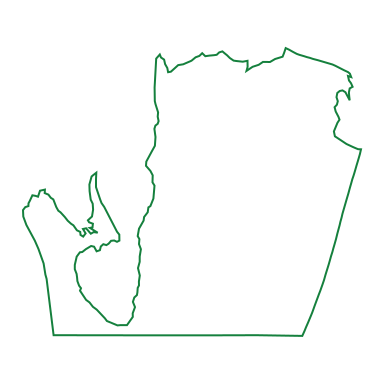 Palmares do Sul, Rio Grande do Sul, Brazil
{"feature_id": "56859067B50584819679722", "entity_name": "Palmares do Sul", "entity_type": "district", "adm_level": 2, "iso_a3": "BRA", "parent_name": "Brazil", "parent_adm1": "Rio Grande do Sul", "projection": "equal_earth", "projection_center": [-50.484, -30.349], "detail": "fine", "context": "isolated", "style": "outline", "palette": "green", "viewbox_px": 384, "rotation_deg": 0, "n_neighbors": 0, "source": "geoboundaries", "source_scale": "gbopen_adm2", "svg_char_len": 3222}
<svg xmlns="http://www.w3.org/2000/svg" viewBox="0 0 384 384"><path d="M285.7,48.1L284.1,52.9L282.6,56.7L275.1,59.0L270.0,62.0L263.0,61.9L258.7,64.8L252.6,66.8L246.5,70.9L247.6,66.9L247.5,60.8L242.8,61.7L236.2,61.0L233.6,60.6L229.8,58.0L227.1,55.3L224.4,53.1L222.4,51.4L219.2,52.4L216.7,54.8L213.9,55.2L209.4,55.6L205.3,56.2L202.2,53.2L199.4,55.9L195.6,57.3L191.5,60.7L189.5,61.6L187.6,62.4L183.2,64.3L178.2,65.1L170.9,71.7L168.1,72.2L167.3,68.0L165.1,64.1L164.1,59.6L161.0,57.5L159.8,54.5L156.2,58.6L154.6,87.5L154.8,101.1L155.5,104.1L158.1,112.4L157.7,116.7L158.6,121.1L157.7,123.8L155.4,125.6L154.4,128.8L155.5,137.0L154.9,145.8L151.8,151.4L146.3,161.6L146.0,165.8L150.4,170.9L152.7,175.3L152.5,182.3L154.5,185.6L153.4,198.6L150.4,206.1L148.4,207.4L147.7,212.3L144.1,217.0L143.6,220.6L139.0,228.7L137.7,236.1L139.4,239.1L139.0,244.1L140.9,249.2L139.7,256.5L139.7,261.8L138.0,268.1L139.8,275.5L138.9,281.6L139.0,285.4L137.7,287.9L137.4,292.4L136.9,295.1L134.3,297.5L132.9,301.9L135.0,307.1L132.7,313.3L132.8,316.9L127.0,325.1L120.6,325.1L117.5,325.4L106.9,321.0L104.9,318.3L96.7,309.6L92.9,306.8L89.5,302.4L86.1,299.9L80.0,290.7L81.0,288.2L79.1,285.7L77.4,281.1L77.1,277.7L76.6,273.9L74.8,269.2L74.8,264.9L76.7,256.6L79.9,252.3L82.3,252.0L85.8,249.2L91.1,246.0L94.1,246.7L96.6,251.3L99.9,250.2L100.8,246.5L103.3,244.2L106.4,245.1L108.6,243.7L111.1,240.8L114.2,240.5L117.0,241.8L119.4,240.6L119.3,234.6L117.0,231.7L104.2,206.9L101.5,203.0L100.1,199.3L96.0,187.1L96.0,179.3L96.3,172.7L93.5,174.9L91.6,176.5L89.4,184.5L89.6,191.2L90.7,199.6L92.7,203.7L93.1,209.6L92.0,216.5L87.9,220.3L89.1,222.3L92.9,223.7L92.5,227.4L89.9,227.9L97.7,232.7L93.7,232.1L90.8,233.7L86.1,228.3L83.0,229.0L85.6,233.4L83.2,236.6L80.5,234.9L80.2,231.9L76.9,230.3L73.4,225.3L71.1,223.8L67.7,220.7L64.8,217.0L60.5,212.3L58.3,210.7L56.3,207.1L53.3,199.4L50.8,197.8L48.4,194.6L44.7,193.1L44.9,189.6L40.0,190.7L38.0,196.7L35.7,195.9L32.4,195.3L29.8,200.9L28.5,203.3L28.4,206.1L25.3,207.1L23.0,210.1L23.3,216.6L26.4,225.0L34.8,240.6L38.4,248.8L43.6,263.4L45.4,274.6L46.6,278.9L53.6,335.2L123.7,335.3L169.3,335.3L216.7,335.3L222.2,335.3L256.7,335.2L302.3,335.9L304.5,331.0L306.0,327.3L308.1,322.5L310.9,315.8L312.2,312.6L313.5,309.0L314.6,305.9L316.3,301.3L317.9,297.0L318.9,294.3L320.3,290.7L321.4,287.6L322.5,284.5L324.0,280.1L325.5,274.8L326.8,270.6L328.7,264.5L329.9,260.3L331.0,256.3L332.4,251.9L333.3,248.5L334.3,245.1L336.0,239.1L337.4,233.4L338.7,228.6L339.6,225.3L340.4,221.8L341.6,217.5L342.5,213.6L343.6,209.8L345.2,204.3L346.2,200.8L347.2,197.4L348.3,193.7L349.9,187.8L351.2,183.3L352.3,179.3L353.5,175.8L354.3,173.2L355.3,169.8L356.5,165.6L357.8,161.3L358.8,157.9L359.9,154.1L361.0,149.3L358.1,149.2L355.7,148.2L352.7,146.9L346.5,144.0L334.9,136.3L333.9,131.4L337.5,122.7L339.5,119.7L338.5,116.9L335.7,111.5L334.6,107.2L336.9,104.7L337.8,101.2L336.5,97.2L337.3,93.0L339.7,91.0L342.5,90.4L345.4,92.2L347.0,95.2L349.7,100.3L349.2,96.2L348.9,92.4L349.7,88.4L352.6,86.8L351.0,83.2L349.0,80.5L348.0,76.0L351.2,77.1L349.9,73.7L348.2,72.2L344.2,70.3L339.5,67.9L335.4,65.8L332.5,64.5L317.9,60.2L312.9,58.9L310.0,57.9L306.9,57.1L304.1,56.2L299.3,54.8L296.8,53.9L293.0,51.9L289.1,49.7L285.7,48.1Z" fill="none" stroke="#15803d" stroke-width="2"/></svg>